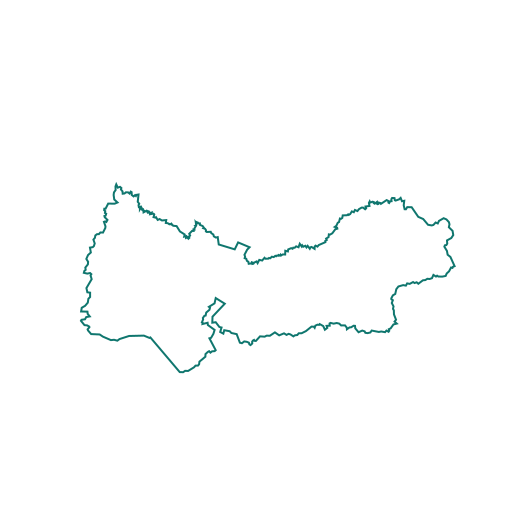 Makonde, Mashonaland West, Zimbabwe (Mercator projection), rotated 60°
{"feature_id": "62879985B9452203972303", "entity_name": "Makonde", "entity_type": "district", "adm_level": 2, "iso_a3": "ZWE", "parent_name": "Zimbabwe", "parent_adm1": "Mashonaland West", "projection": "mercator", "projection_center": [29.982, -17.062], "detail": "fine", "context": "isolated", "style": "outline", "palette": "teal", "viewbox_px": 512, "rotation_deg": 60, "n_neighbors": 0, "source": "geoboundaries", "source_scale": "gbopen_adm2", "svg_char_len": 6134}
<svg xmlns="http://www.w3.org/2000/svg" viewBox="0 0 512 512"><g transform="rotate(60 256 256)"><path d="M323.0,313.3L324.5,311.8L324.1,308.9L325.7,306.9L327.5,305.5L329.2,305.9L330.4,305.3L329.9,303.0L328.3,302.2L327.7,301.0L327.7,299.7L328.6,299.8L329.5,298.6L327.6,292.7L330.2,288.8L330.3,286.6L332.0,283.9L331.6,277.8L336.3,275.6L337.0,270.4L339.6,269.0L339.7,266.7L341.1,265.4L344.3,263.8L344.1,262.1L345.1,259.7L344.3,257.7L345.7,255.1L346.0,250.3L344.9,243.2L346.1,241.3L347.5,241.1L346.0,239.4L346.2,237.1L347.2,235.8L346.8,234.9L350.3,232.8L354.3,233.2L353.9,230.2L351.8,229.8L353.2,227.0L351.2,226.0L351.2,224.9L353.4,222.6L354.4,219.6L356.2,217.7L358.7,217.0L360.6,213.6L363.5,213.2L364.9,213.9L364.6,210.7L365.3,209.3L365.2,206.3L366.0,205.2L368.3,206.2L373.3,205.3L373.7,201.3L375.6,199.6L377.2,199.7L378.6,197.9L379.4,195.2L378.4,193.1L383.2,187.6L384.0,185.3L386.5,182.3L385.8,180.3L387.9,179.1L387.4,178.0L385.8,177.6L386.0,175.6L384.0,171.2L384.9,167.9L382.1,168.8L381.2,166.6L375.5,165.7L372.0,163.8L370.3,163.8L368.4,162.1L364.6,161.9L362.7,159.6L361.2,160.4L360.3,160.0L358.5,157.1L358.5,154.4L354.9,151.1L353.6,147.9L354.8,143.1L356.6,141.0L355.3,138.8L357.0,136.8L357.1,133.0L358.7,132.2L359.1,130.0L361.2,129.3L360.5,123.6L361.5,121.4L361.4,119.0L362.7,117.2L363.2,114.7L361.1,111.8L363.8,110.4L363.6,109.0L364.9,108.4L367.0,105.0L368.1,101.7L366.5,99.6L365.8,96.5L363.5,92.8L364.5,91.8L363.8,90.8L364.1,89.1L354.0,88.1L350.7,89.4L347.1,88.1L342.1,88.2L341.2,87.1L341.7,85.7L340.9,84.2L338.0,82.8L338.1,77.9L336.5,74.7L332.5,73.2L327.5,74.6L325.3,72.6L323.1,72.0L319.5,72.8L317.1,74.6L317.1,80.0L318.7,82.3L316.8,83.7L317.8,86.8L317.4,88.5L315.0,91.4L307.6,92.7L303.2,95.9L291.6,96.8L289.3,100.6L290.5,102.8L289.8,103.9L285.9,102.7L282.3,100.0L281.6,102.2L278.0,101.7L278.5,103.8L277.8,107.4L277.1,107.9L275.1,107.1L273.8,109.1L274.5,110.4L276.3,111.2L275.7,112.5L276.7,114.2L276.0,114.6L274.5,113.9L272.9,114.9L273.3,121.7L272.4,121.7L270.9,123.2L272.1,123.9L272.0,124.7L271.1,125.2L269.7,124.4L270.0,127.1L269.0,127.6L268.3,127.0L267.3,127.8L266.8,130.5L265.6,130.3L266.5,131.7L269.4,132.7L267.9,136.4L269.8,136.8L270.1,138.1L267.6,139.1L266.9,140.3L266.9,143.4L267.8,145.7L265.6,147.3L267.0,149.4L265.3,150.7L266.8,153.5L266.8,155.2L266.0,155.4L266.2,156.8L264.2,160.6L266.2,162.3L266.3,163.9L265.5,164.6L268.1,167.1L268.1,168.6L270.0,171.3L270.2,173.2L272.1,171.6L273.0,171.9L272.5,174.0L274.5,178.6L274.5,181.2L273.7,182.1L275.9,183.7L276.0,186.6L277.5,186.7L277.6,188.5L278.7,189.0L277.9,196.2L278.6,198.1L276.8,199.2L277.1,200.4L279.1,201.7L275.9,203.4L275.7,204.5L276.6,205.8L273.0,206.2L273.8,208.0L271.8,208.2L271.6,210.4L269.9,210.6L270.6,211.7L267.3,212.0L269.7,214.8L267.7,216.4L268.2,218.4L267.4,219.6L268.0,220.7L266.8,221.6L266.4,224.8L268.0,226.1L266.1,228.0L269.3,230.0L268.0,232.1L268.1,233.8L267.1,234.0L267.7,235.0L266.5,235.9L267.0,236.4L266.1,237.6L266.3,238.7L265.5,239.2L265.8,241.2L264.5,242.7L265.1,244.7L264.2,245.7L264.5,246.5L263.1,249.2L261.8,249.5L263.0,252.9L261.0,255.1L263.0,258.2L261.0,258.2L260.8,260.8L261.4,262.1L261.1,263.0L259.9,262.3L259.3,262.8L260.1,263.7L259.1,266.2L257.1,265.5L255.6,266.3L253.5,265.8L252.2,266.9L251.0,265.7L249.2,265.4L246.1,260.5L245.2,257.2L235.3,264.7L239.6,271.1L227.4,282.5L220.5,279.7L220.0,281.5L217.9,282.7L216.1,282.2L213.8,283.3L212.4,283.1L210.6,286.6L209.6,287.1L208.6,286.4L207.0,286.5L205.6,287.7L205.4,287.0L203.4,287.2L201.0,289.0L199.7,288.3L198.2,290.9L197.7,289.9L196.8,290.6L197.3,291.2L196.7,291.3L199.4,292.4L199.4,293.4L200.0,293.1L201.3,295.5L202.4,296.1L201.8,296.9L203.1,297.5L202.3,298.8L203.4,302.7L205.3,302.8L205.8,304.2L207.0,304.7L207.2,305.8L205.4,305.6L205.7,306.6L204.9,306.7L205.0,307.4L203.8,306.7L203.3,308.5L201.7,307.0L196.7,309.6L190.4,309.8L188.4,312.6L186.0,313.1L186.4,313.6L185.2,314.4L185.2,315.2L183.5,316.0L182.3,317.6L180.0,315.8L178.2,319.7L175.8,321.0L175.6,323.1L172.4,323.2L172.5,323.9L171.1,325.3L169.1,323.3L168.3,323.5L166.8,324.8L167.5,325.1L167.1,326.2L166.5,325.4L166.5,326.5L165.8,325.9L165.6,326.6L164.7,326.5L164.6,327.4L163.6,326.7L163.0,327.3L163.3,328.1L162.1,328.1L162.0,330.5L161.0,329.2L161.6,331.4L159.2,330.5L159.1,331.1L157.0,331.0L157.7,331.7L156.7,331.8L157.4,333.1L155.4,331.9L155.1,333.0L153.2,332.3L152.4,331.0L149.9,331.3L144.0,327.0L143.3,328.9L144.0,330.0L142.8,330.3L143.2,332.2L141.0,333.1L138.5,331.8L137.6,332.3L138.7,334.3L137.0,334.9L135.8,336.8L136.1,338.6L135.4,340.3L133.3,339.3L130.8,339.7L129.8,338.6L128.1,339.2L127.7,341.5L124.1,341.2L125.5,342.9L128.7,344.6L129.9,347.2L132.0,348.8L136.2,350.5L140.4,349.2L140.0,352.3L136.7,357.8L139.8,362.6L139.2,363.7L140.4,364.6L141.8,364.1L143.2,365.3L144.5,364.6L145.8,366.0L145.6,367.3L146.8,367.6L150.5,366.6L151.7,368.6L150.6,369.3L150.4,370.6L155.0,371.5L156.4,372.5L159.2,376.8L157.8,379.0L158.5,381.1L157.6,382.8L157.9,384.9L159.7,386.4L160.5,388.6L164.5,389.4L166.4,391.5L166.7,393.0L165.7,395.6L170.4,397.3L171.2,401.0L173.7,404.4L177.1,404.3L179.2,405.8L180.7,409.6L182.8,410.4L183.1,412.1L184.5,413.5L186.9,410.9L187.8,408.2L189.4,407.7L190.1,409.0L193.9,409.9L199.0,418.9L203.1,420.2L204.8,418.0L208.6,420.2L209.2,422.5L212.3,425.0L213.7,428.9L213.7,432.8L216.6,435.2L219.9,429.8L221.9,430.7L225.2,430.2L224.0,433.6L225.3,435.7L224.0,439.0L224.6,440.0L230.1,439.1L231.7,436.9L233.8,435.7L234.4,435.9L235.3,438.5L236.5,438.7L241.2,437.8L245.8,430.6L249.3,428.9L256.3,423.7L257.6,420.8L260.0,418.4L259.7,415.7L261.8,405.9L268.9,392.9L273.7,389.2L273.7,388.2L318.4,380.1L320.2,377.2L320.0,374.8L321.6,372.3L321.4,365.3L320.7,363.2L321.9,361.0L321.3,359.4L319.2,357.8L317.9,350.2L315.7,348.8L315.0,345.8L315.0,344.2L316.9,343.8L316.6,341.7L317.7,339.4L317.4,338.0L304.0,337.5L304.4,335.8L302.1,331.8L299.3,328.8L291.7,332.2L289.6,331.3L288.2,336.2L287.6,335.5L286.5,336.1L284.5,333.5L283.1,333.0L282.0,330.6L282.4,329.4L280.1,327.4L279.3,323.2L277.8,321.7L276.5,322.2L276.3,315.6L272.3,311.9L281.7,306.9L286.8,324.0L291.9,327.2L293.2,324.0L299.2,323.2L300.7,321.6L303.9,325.0L306.9,323.1L304.4,320.6L308.0,316.4L310.4,315.8L314.0,311.8L323.0,313.3Z" fill="none" stroke="#0f766e" stroke-width="2"/></g></svg>